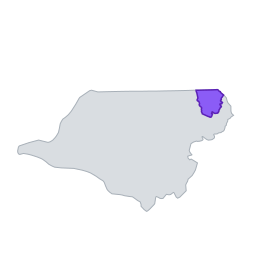 Syria, with As Suwayda' highlighted, rotated 212°
{"feature_id": "SYR-143", "entity_name": "As Suwayda'", "entity_type": "Province", "adm_level": 1, "iso_a3": "SYR", "parent_name": "Syria", "parent_adm1": "", "projection": "orthographic", "projection_center": [36.682, 32.769], "detail": "fine", "context": "in_parent", "style": "filled", "palette": "violet", "viewbox_px": 256, "rotation_deg": 212, "n_neighbors": 0, "source": "natural_earth", "source_scale": "10m", "svg_char_len": 3941}
<svg xmlns="http://www.w3.org/2000/svg" viewBox="0 0 256 256"><g transform="rotate(212 128 128)"><path d="M48.7,94.8L50.6,95.0L54.7,97.5L55.4,97.4L56.6,94.2L57.8,93.1L60.3,92.1L61.0,86.9L62.2,85.9L63.6,85.3L65.8,85.2L67.7,84.9L67.8,84.0L65.2,77.9L65.4,76.4L66.7,70.3L67.5,67.9L68.2,67.1L71.2,67.4L75.4,68.5L76.5,70.2L78.5,71.8L81.5,71.6L85.1,71.9L87.8,72.0L90.0,70.9L94.9,68.8L97.4,68.1L99.6,67.2L106.7,63.7L109.6,63.9L111.6,64.3L113.1,64.8L116.5,67.1L119.3,69.3L121.3,70.0L124.8,69.9L129.9,70.2L136.2,70.0L139.8,69.3L144.4,68.0L152.6,65.0L163.3,58.9L169.5,55.9L172.3,55.5L175.9,55.3L179.5,55.9L183.6,56.2L185.4,56.1L189.8,55.3L195.4,53.9L198.9,52.8L203.2,51.0L205.7,48.3L206.6,48.0L207.7,48.4L208.2,48.6L209.4,50.0L210.8,53.7L210.8,54.1L210.7,55.2L208.0,58.5L204.4,62.9L201.8,65.7L197.4,70.4L194.0,71.5L188.2,73.4L186.7,75.1L185.4,77.7L184.7,81.2L184.5,83.4L184.6,87.4L186.1,91.6L187.7,95.6L188.0,98.2L188.0,100.9L186.8,103.8L185.6,107.7L185.0,112.1L184.9,120.3L185.2,127.2L185.1,128.4L182.9,133.4L180.3,139.3L179.0,140.7L172.7,142.6L165.9,147.1L158.3,152.1L151.4,156.6L144.1,161.3L136.4,166.1L131.0,169.6L123.7,174.2L117.0,178.6L110.2,183.0L105.0,186.4L97.1,191.6L92.5,194.7L85.6,199.2L79.6,203.2L72.4,207.9L63.4,206.5L60.6,205.7L58.3,203.5L56.6,202.3L52.3,201.0L49.6,196.8L48.0,195.3L45.2,194.7L46.4,192.0L46.6,190.2L47.9,188.1L47.1,186.7L46.8,183.7L46.3,182.9L46.1,182.2L46.5,181.2L46.3,180.2L45.9,179.8L45.6,178.3L45.3,177.2L45.5,175.8L46.1,175.0L46.8,173.3L47.5,172.8L48.7,171.7L49.0,170.6L50.1,169.6L51.5,168.7L51.9,168.0L51.7,167.6L50.2,166.8L49.5,165.4L50.2,163.4L50.6,162.7L51.5,161.8L53.4,160.3L54.9,160.0L56.2,160.0L58.4,160.2L60.1,160.4L60.5,160.1L60.5,159.6L58.4,158.3L58.3,157.3L58.8,156.3L60.3,154.7L62.1,153.4L63.0,153.2L65.0,150.8L66.3,148.1L64.2,141.4L62.9,140.4L60.9,139.5L59.7,139.3L59.6,138.9L61.2,137.2L62.4,135.7L61.1,134.3L58.8,133.7L58.0,135.1L55.1,135.2L50.6,135.2L48.6,128.2L48.4,125.2L48.4,121.7L49.9,116.5L49.2,114.2L49.2,112.5L48.9,110.3L45.4,105.6L47.4,96.9L48.7,94.8Z" fill="#d9dde1" stroke="#a8b0b8" stroke-width="1"/><path d="M90.3,196.1L88.2,197.4L83.7,200.4L80.8,202.3L76.7,205.0L72.5,207.9L72.1,208.0L71.7,208.0L70.1,207.5L69.5,207.5L69.0,207.8L68.1,207.1L64.4,206.6L64.4,206.4L64.5,205.5L64.5,203.9L64.7,203.2L64.7,202.8L64.7,202.7L64.4,202.1L64.0,201.7L63.9,201.5L63.9,201.4L64.0,201.0L64.2,200.8L64.2,200.7L63.9,200.1L63.4,200.1L63.2,200.0L63.1,199.9L62.9,199.8L62.9,199.7L62.3,199.8L61.8,199.8L61.4,199.7L61.4,199.4L61.5,199.0L61.5,198.9L61.3,198.5L61.3,198.3L61.4,198.2L61.5,198.0L61.8,197.9L62.0,197.8L62.1,197.7L62.4,197.5L62.5,197.4L62.7,197.0L62.7,196.9L62.5,196.7L62.2,196.4L61.9,196.3L61.3,196.2L61.2,196.2L60.8,196.0L60.7,196.0L60.4,195.9L60.2,195.7L60.2,195.3L60.2,195.2L60.2,194.8L60.5,194.6L60.3,192.5L60.3,192.0L60.4,191.9L60.3,191.4L59.8,190.3L59.8,190.0L59.7,189.8L59.7,189.6L59.7,189.3L60.0,188.9L60.0,188.7L59.9,188.6L59.9,188.4L59.8,188.2L60.0,188.0L60.4,187.7L60.7,187.5L61.1,187.1L61.9,186.5L62.1,186.4L62.4,186.3L63.4,186.3L65.0,186.4L65.2,186.2L65.0,185.8L65.0,185.7L64.9,184.8L64.9,184.7L64.7,184.6L64.0,184.7L63.9,184.7L63.7,184.6L63.7,184.4L63.7,184.0L63.7,183.8L63.7,183.7L63.4,183.2L63.3,182.8L63.3,182.7L63.3,182.4L63.4,182.2L63.3,181.9L63.3,181.7L63.3,181.4L63.4,181.2L63.6,181.1L63.7,180.9L64.2,180.6L64.3,180.6L65.2,180.6L65.4,180.6L65.9,180.3L72.5,179.4L72.8,179.7L72.9,179.8L73.2,180.0L73.4,180.2L74.2,180.6L74.5,181.0L74.7,181.3L74.7,181.6L74.8,181.7L74.8,181.8L75.8,182.8L75.9,183.0L76.0,183.3L76.0,183.6L76.0,183.8L76.1,184.0L76.7,184.4L76.8,184.4L77.2,184.5L77.4,184.5L79.1,184.8L79.3,185.0L79.5,185.1L79.8,185.3L80.0,185.5L80.0,185.9L80.0,186.0L80.1,186.3L80.3,186.5L80.4,186.8L80.5,186.8L80.6,187.0L82.0,188.0L82.4,188.1L82.5,188.1L82.7,187.9L82.8,187.9L83.6,187.9L84.0,188.1L84.2,188.3L84.3,188.4L84.3,188.5L84.4,189.0L84.6,190.4L84.6,190.5L88.3,194.3L89.6,195.2L89.8,195.5L90.3,196.1L90.3,196.1Z" fill="#8b5cf6" stroke="#5b21b6" stroke-width="1.5"/></g></svg>